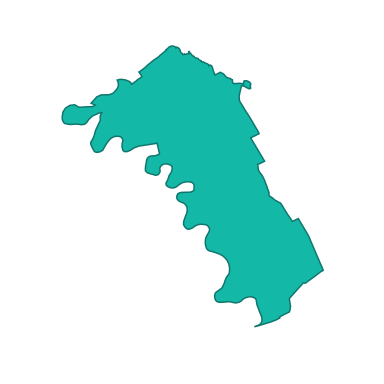 Saucesti, Bacau, Romania (Robinson projection), rotated 165°
{"feature_id": "2599482B67210416797402", "entity_name": "Saucesti", "entity_type": "district", "adm_level": 2, "iso_a3": "ROU", "parent_name": "Romania", "parent_adm1": "Bacau", "projection": "robinson", "projection_center": [26.939, 46.661], "detail": "fine", "context": "isolated", "style": "filled", "palette": "teal", "viewbox_px": 384, "rotation_deg": 165, "n_neighbors": 0, "source": "geoboundaries", "source_scale": "gbopen_adm2", "svg_char_len": 6069}
<svg xmlns="http://www.w3.org/2000/svg" viewBox="0 0 384 384"><g transform="rotate(165 192 192)"><path d="M298.0,298.0L298.3,296.9L298.4,295.8L298.5,295.0L298.4,294.4L298.0,292.4L297.5,291.4L296.8,290.9L294.8,289.9L293.3,289.2L291.8,288.6L290.6,288.4L287.8,287.9L286.1,287.5L283.4,286.5L281.3,285.6L278.7,285.3L277.2,285.5L275.6,286.5L273.1,288.7L269.2,290.8L268.1,291.3L262.7,292.1L260.9,292.3L259.6,292.3L258.6,291.9L259.4,291.1L261.0,289.1L261.6,287.1L262.0,285.0L265.5,280.9L269.3,276.3L272.1,271.5L275.3,267.6L276.7,266.5L277.4,264.7L277.1,261.7L276.3,258.3L275.7,256.2L274.0,255.0L271.0,254.6L267.6,255.3L262.0,260.9L259.2,263.1L256.1,265.0L252.2,265.7L249.0,265.0L246.6,263.8L245.6,261.9L245.3,259.8L246.8,257.2L247.8,254.3L248.0,252.1L247.9,249.9L247.0,248.6L244.3,247.8L240.7,248.2L236.6,249.6L231.3,250.1L223.7,249.2L213.1,248.1L213.5,237.0L218.5,236.5L221.7,237.3L224.0,237.4L226.1,236.4L227.5,234.8L228.5,232.3L230.0,229.4L231.0,226.6L231.5,224.5L230.2,222.2L227.8,220.5L225.5,219.3L223.5,217.9L221.9,217.4L220.1,217.6L218.6,218.7L217.6,219.9L217.2,221.5L217.0,223.3L215.8,224.8L214.0,225.8L211.5,226.3L208.8,225.5L206.6,224.2L205.4,223.1L204.8,221.8L205.0,220.0L205.8,218.2L207.2,216.1L209.7,214.0L211.5,211.2L213.0,209.2L214.7,207.5L215.1,206.2L214.9,204.7L213.8,203.3L212.0,201.9L210.1,201.0L207.9,200.7L205.9,201.0L203.4,202.1L201.1,202.9L198.7,203.5L194.8,203.3L192.2,202.6L190.2,201.6L189.2,200.8L188.4,199.5L188.3,197.9L188.8,196.0L189.3,194.3L190.1,193.0L191.7,192.4L193.7,192.3L202.0,194.3L204.4,194.4L206.2,193.9L207.6,192.2L208.2,190.3L208.1,188.6L207.3,187.1L205.3,185.1L203.0,183.5L201.9,182.1L201.1,180.2L200.8,178.4L201.2,176.1L202.5,172.9L204.2,170.8L205.9,168.3L207.5,166.0L208.2,164.2L208.6,162.4L207.6,159.3L206.3,157.5L204.5,156.8L202.7,156.9L200.3,157.3L197.9,158.4L194.6,158.9L191.7,158.6L188.3,157.3L186.3,156.3L185.2,154.6L184.7,152.9L184.7,151.2L185.9,149.1L188.1,146.9L189.7,145.2L191.0,143.2L191.7,141.5L192.3,139.7L192.7,137.0L192.6,134.1L192.0,132.2L190.6,130.7L188.4,129.5L185.3,127.6L181.7,125.1L178.9,122.5L177.4,120.2L176.9,119.3L175.8,116.9L175.1,113.3L175.2,109.8L176.0,106.5L177.5,103.2L179.7,101.7L181.6,99.8L183.1,97.7L184.5,95.5L186.3,93.4L187.9,91.6L191.6,90.1L194.8,88.9L195.9,88.0L196.9,86.1L197.4,83.9L197.3,81.9L196.7,80.2L195.5,79.1L193.6,78.3L191.0,77.6L185.2,76.6L183.6,76.1L181.5,75.0L179.7,74.0L177.7,73.4L175.1,73.4L172.4,74.0L171.0,75.1L167.9,76.0L165.2,76.1L162.5,75.7L160.1,74.4L158.5,72.9L157.9,71.5L158.1,69.5L158.4,67.3L158.3,64.9L157.7,58.7L157.2,55.0L157.0,52.2L158.0,48.7L160.2,46.8L161.6,46.3L166.7,45.7L163.3,45.6L149.0,46.1L143.6,46.7L139.8,47.6L140.0,48.5L136.7,49.4L132.9,50.2L128.9,51.0L127.7,53.0L127.4,54.1L126.7,55.3L126.4,56.1L125.8,62.1L125.5,64.0L108.1,75.3L106.1,74.6L95.0,78.9L87.9,81.8L85.5,82.3L85.5,82.5L86.1,87.2L86.7,90.9L87.2,94.7L88.4,102.4L88.9,106.4L89.9,113.1L90.5,117.9L90.8,119.5L93.2,128.2L94.1,131.5L95.8,137.2L96.2,138.8L102.7,137.6L103.4,140.1L104.0,141.6L105.5,145.8L106.7,149.8L107.0,150.7L107.4,152.0L107.6,152.9L108.6,156.4L109.1,157.7L109.7,158.8L111.0,159.8L113.8,162.6L114.1,163.0L114.8,163.8L115.0,164.2L115.2,164.4L115.3,164.7L116.1,165.8L116.9,166.7L117.8,167.2L118.3,168.9L118.1,171.2L117.8,171.4L117.7,171.7L117.8,172.1L118.0,174.0L118.2,175.7L118.2,177.6L118.3,178.7L118.5,179.9L118.9,184.5L119.2,186.0L119.6,188.4L120.0,190.0L121.3,192.8L122.1,195.5L122.1,196.1L121.7,199.2L121.6,200.0L121.5,201.8L120.4,201.7L113.9,202.9L119.4,222.4L119.8,223.9L120.3,225.6L120.5,226.3L121.3,229.1L112.1,231.0L112.2,232.4L112.6,233.8L113.4,236.6L116.2,246.9L116.8,248.8L117.4,250.8L119.7,258.0L121.4,264.0L122.0,265.7L122.3,266.9L122.4,267.8L122.5,268.7L122.2,269.3L122.0,270.8L121.7,272.2L121.3,273.0L120.9,274.0L117.7,280.0L117.4,280.6L117.0,281.3L116.2,281.6L115.6,281.3L115.3,281.8L114.9,281.6L115.2,281.2L114.3,280.7L113.7,280.3L113.2,279.7L112.8,279.2L112.4,278.7L111.5,278.2L110.9,277.6L110.8,277.3L110.7,277.3L110.4,277.4L110.1,277.3L109.8,276.9L108.6,276.9L108.3,278.6L107.9,279.9L107.4,280.9L107.3,281.9L107.9,283.0L108.5,283.8L109.8,284.9L110.6,285.3L111.2,285.5L112.1,285.6L112.8,285.9L114.5,283.2L115.8,283.8L116.4,284.0L117.5,284.6L119.1,285.0L120.5,285.1L122.4,285.7L122.9,285.7L124.1,286.2L124.3,287.4L124.3,288.2L124.0,290.0L124.3,290.1L124.5,290.2L125.8,291.8L126.8,292.3L128.2,293.3L129.3,294.4L129.8,295.3L130.3,296.4L131.0,298.0L132.6,299.3L133.6,300.3L135.3,300.0L139.2,299.0L139.3,299.5L139.9,300.1L139.7,300.5L139.7,300.9L139.8,301.5L139.9,302.2L140.1,304.7L140.0,305.9L140.1,306.5L140.1,307.5L140.3,308.5L140.8,309.2L141.8,310.0L143.1,309.5L143.1,310.5L143.3,311.0L143.5,311.3L144.1,311.9L145.1,312.5L146.3,313.5L146.8,314.2L147.3,314.7L148.2,314.8L148.8,314.9L148.8,315.4L149.0,315.6L149.3,315.8L149.2,316.2L149.2,316.5L150.3,317.1L151.0,317.8L151.1,318.1L151.5,319.2L151.7,319.5L153.3,320.3L154.4,321.0L154.8,322.1L155.7,323.2L156.0,323.1L157.0,325.0L157.3,325.8L158.1,327.5L158.5,328.5L159.1,328.2L159.2,326.4L161.5,326.8L162.1,326.5L162.8,326.6L163.6,327.4L164.1,327.1L165.2,327.0L165.3,327.4L165.3,327.7L165.5,328.2L166.4,329.2L166.7,329.6L166.8,330.2L166.9,330.9L167.1,331.1L166.8,331.8L166.9,332.6L167.0,333.3L167.4,334.0L168.3,335.2L169.3,335.9L169.8,335.5L170.2,335.4L170.3,335.5L170.2,335.7L170.2,336.0L170.5,336.3L171.1,337.0L171.8,337.5L173.9,338.4L175.6,338.0L176.0,338.2L180.2,336.1L180.0,335.8L184.7,333.5L187.6,332.2L189.1,331.3L191.0,330.6L193.1,329.9L195.1,329.2L201.1,326.5L203.0,325.6L204.5,324.6L206.7,323.8L207.5,323.3L208.8,322.8L210.6,322.2L211.3,321.6L212.2,321.6L211.1,318.5L210.5,316.4L211.4,316.0L216.2,314.3L217.5,313.5L219.1,313.0L220.9,312.2L221.6,311.9L222.2,311.6L222.5,311.6L222.5,312.5L222.8,313.3L223.5,314.5L224.4,315.4L225.4,316.1L227.1,317.4L228.4,318.0L231.1,319.1L232.9,319.5L235.3,319.5L235.0,316.9L235.3,314.7L236.2,312.8L236.8,312.0L238.3,310.6L241.2,308.7L243.1,307.7L246.9,307.4L254.8,309.3L259.4,308.5L266.5,303.9L263.0,300.9L265.8,300.2L272.5,301.7L277.5,302.7L279.6,303.4L282.7,306.6L287.5,307.3L292.5,305.8L296.0,302.6L298.0,298.0Z" fill="#14b8a6" stroke="#0f766e" stroke-width="1.5"/></g></svg>